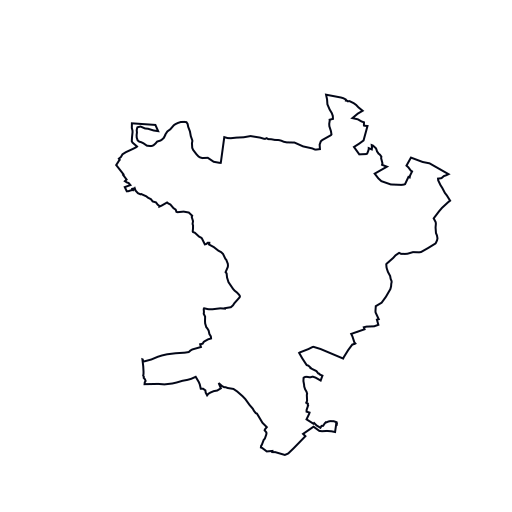 outline of Mociu, Cluj, Romania, rotated 21°
{"feature_id": "2599482B12585032376089", "entity_name": "Mociu", "entity_type": "district", "adm_level": 2, "iso_a3": "ROU", "parent_name": "Romania", "parent_adm1": "Cluj", "projection": "albers", "projection_center": [24.018, 46.791], "detail": "fine", "context": "isolated", "style": "outline", "palette": "ink", "viewbox_px": 512, "rotation_deg": 21, "n_neighbors": 0, "source": "geoboundaries", "source_scale": "gbopen_adm2", "svg_char_len": 6123}
<svg xmlns="http://www.w3.org/2000/svg" viewBox="0 0 512 512"><g transform="rotate(21 256 256)"><path d="M354.2,431.4L356.6,429.1L357.0,428.5L360.0,422.1L366.7,406.5L363.7,405.2L370.9,394.7L377.8,396.6L380.5,395.9L384.9,393.9L389.3,392.6L392.9,392.0L391.2,384.6L391.8,384.6L391.5,383.1L390.7,383.0L390.6,382.3L387.7,382.4L384.4,383.6L383.0,384.5L381.1,386.3L380.8,386.2L380.2,387.5L379.5,390.5L378.1,391.1L377.7,393.3L373.3,392.5L370.1,391.1L369.7,392.0L361.7,390.4L362.2,384.3L362.1,383.0L359.0,383.2L358.4,381.6L358.2,376.7L357.6,376.4L357.3,375.2L355.5,375.0L355.6,372.9L353.2,367.4L353.1,366.3L351.8,364.6L349.6,362.8L347.8,360.6L347.0,358.9L345.1,355.8L344.1,352.8L344.1,352.5L345.2,351.3L346.7,350.6L350.0,349.9L352.2,348.3L355.2,348.2L361.0,349.1L360.9,343.9L358.0,343.8L357.3,343.2L356.4,343.4L355.8,343.1L353.7,341.8L347.2,341.2L347.2,340.8L345.5,340.1L344.1,339.6L342.4,339.7L335.9,335.0L331.0,331.0L331.6,330.2L338.3,324.1L341.4,320.7L342.2,320.2L349.6,319.7L374.1,320.5L374.2,319.0L375.8,310.7L377.6,304.2L378.1,304.0L378.4,303.4L379.4,302.9L380.1,302.1L378.8,301.4L374.9,296.6L372.8,294.6L383.6,285.5L382.2,283.9L384.5,282.3L391.5,279.3L394.9,276.4L391.7,272.1L393.2,271.0L387.9,265.9L387.3,264.7L385.8,259.9L390.0,254.6L391.9,247.5L393.3,238.8L393.0,236.0L392.2,233.3L392.0,231.9L391.6,230.9L389.9,229.1L388.4,226.6L384.9,223.6L382.9,221.2L381.9,219.8L380.6,217.1L380.6,216.6L384.8,208.6L386.0,205.4L388.5,201.8L390.7,202.0L394.5,200.6L396.6,199.6L401.2,196.1L407.0,194.1L408.7,193.1L413.8,186.9L419.0,180.1L419.2,179.5L419.4,176.5L419.1,174.5L417.6,172.0L415.8,170.1L413.4,165.0L412.4,161.5L411.6,160.0L408.4,157.2L410.9,148.6L412.4,144.4L416.1,136.9L417.4,134.8L412.5,131.1L409.7,129.4L405.5,125.7L402.8,123.7L399.0,120.1L398.2,118.5L400.9,117.1L401.4,116.6L402.7,114.1L404.6,112.5L406.4,110.6L384.8,107.3L377.9,108.5L365.4,108.6L364.1,117.7L366.4,118.6L369.9,120.8L371.4,121.1L371.0,125.7L371.3,127.6L370.0,127.5L369.4,135.5L368.5,136.3L366.3,137.5L356.2,140.9L346.2,141.2L342.4,139.7L337.3,136.6L346.2,125.7L341.0,125.7L340.8,124.1L337.8,119.9L337.4,118.3L335.4,117.0L333.4,116.4L333.0,115.9L331.6,115.1L330.0,113.1L329.2,112.4L325.6,111.0L324.3,111.0L325.5,113.4L325.9,115.0L322.6,114.9L322.8,115.4L323.1,116.9L323.1,120.0L323.0,120.7L322.2,121.4L316.0,124.1L308.4,119.1L312.1,114.1L315.0,109.6L313.5,94.7L310.2,95.6L309.9,95.3L308.9,92.5L306.3,92.6L302.1,91.9L296.6,92.7L300.0,86.6L303.5,82.2L298.3,80.5L295.4,79.1L292.4,78.3L287.8,77.9L286.2,78.7L285.6,78.4L284.2,78.7L284.0,77.9L283.7,77.7L280.9,77.4L278.5,77.6L263.6,80.3L266.2,84.3L268.3,88.8L272.3,92.9L275.5,95.4L277.5,97.7L278.7,100.4L275.9,102.4L276.3,103.2L277.0,106.4L278.0,108.6L281.3,112.7L282.9,115.5L282.8,116.0L282.2,116.9L276.3,124.0L275.4,125.7L275.5,129.2L277.4,133.3L273.6,135.3L272.6,135.5L270.0,135.4L260.7,136.8L251.3,136.3L244.0,138.9L241.0,139.4L238.2,139.3L235.7,139.6L231.9,140.9L228.5,141.5L225.5,142.5L223.7,142.2L222.5,143.4L221.4,143.7L217.4,144.0L207.9,146.0L201.9,149.6L195.3,152.5L190.2,155.1L187.2,156.1L183.8,156.4L189.5,180.6L189.7,181.7L188.5,182.1L182.7,183.2L175.8,181.6L170.8,183.8L168.4,184.0L166.7,183.7L164.0,182.4L159.3,179.5L157.7,177.9L155.8,173.7L155.4,171.5L155.1,170.9L152.2,167.5L149.7,163.4L146.4,159.7L144.8,157.2L143.1,156.0L141.0,156.5L137.7,157.9L135.4,159.8L133.5,161.8L132.4,163.4L130.6,168.4L128.6,171.5L127.9,174.7L127.8,175.8L128.0,176.1L127.6,177.5L127.8,178.3L126.5,181.0L125.5,182.4L122.7,184.6L121.9,186.9L120.6,189.4L119.3,190.6L118.0,191.2L114.6,192.1L110.5,191.1L108.0,190.9L106.0,191.1L104.1,190.5L102.2,188.2L101.2,185.9L100.6,183.4L99.5,181.2L99.2,179.3L99.2,178.3L101.8,176.5L106.7,176.7L109.6,175.9L115.5,175.5L119.9,174.5L115.1,169.7L92.6,176.6L94.2,181.0L95.7,183.1L96.4,184.7L97.7,189.6L98.9,193.4L100.1,194.4L105.7,196.4L105.4,197.1L103.2,199.6L97.3,205.7L94.9,208.9L94.4,212.0L93.1,214.3L94.3,215.1L93.9,216.3L92.9,221.2L103.1,227.3L103.3,227.6L103.0,228.0L107.8,231.0L106.8,233.1L109.2,233.6L110.9,233.5L113.3,234.8L108.8,238.7L112.2,241.9L113.7,241.2L115.7,239.5L116.8,238.9L116.3,237.7L118.0,236.6L118.2,237.1L118.5,236.2L120.1,238.1L123.3,239.7L126.1,239.8L126.6,239.3L132.2,239.6L134.4,240.3L137.5,240.6L140.0,242.1L143.4,241.8L145.8,243.3L147.9,243.9L148.1,244.5L149.8,242.8L153.8,237.9L155.3,238.4L157.6,238.6L161.8,240.9L164.4,241.5L165.9,243.3L167.1,243.2L172.5,240.5L177.7,239.5L182.0,241.3L182.0,242.6L184.7,246.0L185.3,248.8L186.3,250.1L187.4,253.1L188.1,255.7L188.6,256.2L190.6,256.2L195.9,258.3L198.4,258.6L199.1,258.9L204.1,263.5L205.3,262.6L206.2,260.9L207.7,260.4L208.0,261.4L208.0,262.1L213.4,262.8L218.9,264.5L222.1,264.9L224.5,265.9L228.4,269.6L229.6,270.2L232.5,273.4L233.3,275.1L233.6,276.4L233.4,282.0L234.8,282.8L236.7,286.5L239.7,290.3L246.3,294.9L248.4,296.0L251.3,296.9L254.2,298.3L255.3,299.2L255.5,299.7L255.5,300.5L252.7,307.9L252.2,310.3L250.9,312.8L245.6,315.9L245.8,316.3L241.5,317.6L234.3,321.4L230.5,322.8L226.3,323.4L226.2,324.3L227.5,327.0L227.9,328.7L230.2,330.8L231.7,335.0L232.7,337.2L235.2,340.4L236.3,340.9L238.5,342.6L240.5,345.6L242.4,347.0L243.0,347.8L243.6,349.1L241.2,350.9L238.7,353.9L238.0,354.9L237.6,357.0L235.5,358.4L237.2,360.7L230.0,366.1L228.4,368.1L228.4,368.4L227.6,369.8L224.1,371.8L215.8,375.6L208.1,379.7L203.8,382.6L200.4,385.3L195.4,390.1L189.5,394.4L188.4,394.7L187.3,393.2L187.0,393.2L190.3,399.5L192.5,404.4L193.3,406.6L193.5,408.0L194.6,409.0L194.8,410.0L196.5,410.9L197.7,412.2L197.4,413.8L197.9,415.6L210.7,410.4L216.5,408.7L223.6,405.0L227.3,402.5L232.0,398.9L236.4,396.2L239.5,393.9L243.0,390.4L247.8,394.2L249.5,396.0L252.0,399.7L254.2,398.9L256.9,399.6L258.0,401.6L260.3,403.6L260.9,401.7L262.4,399.8L265.0,397.3L268.0,395.5L270.6,392.1L266.7,388.0L270.9,389.6L273.2,389.9L274.7,389.4L276.8,389.4L282.6,388.2L286.9,389.2L293.7,391.7L297.3,393.4L303.4,397.4L307.7,399.7L309.6,401.3L312.1,402.8L313.4,402.8L321.8,409.4L327.4,411.9L326.5,414.6L326.5,415.6L328.9,417.0L329.4,418.0L329.6,419.4L329.7,423.3L329.1,424.9L329.1,430.2L328.8,431.3L329.2,433.0L330.5,433.0L336.1,434.6L341.2,432.1L341.3,432.4L340.6,432.9L341.3,433.3L344.3,432.2L354.2,431.4Z" fill="none" stroke="#020617" stroke-width="2"/></g></svg>